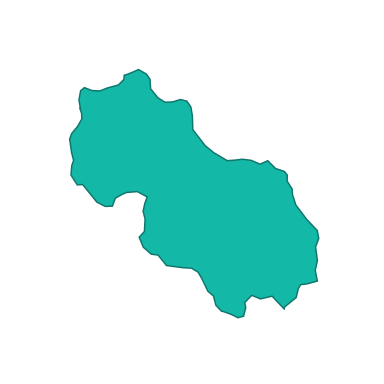 Tingsryd, Kronoberg, Sweden, rotated 231°
{"feature_id": "70781695B44136897167596", "entity_name": "Tingsryd", "entity_type": "district", "adm_level": 2, "iso_a3": "SWE", "parent_name": "Sweden", "parent_adm1": "Kronoberg", "projection": "natural_earth1", "projection_center": [15.01, 56.562], "detail": "fine", "context": "isolated", "style": "filled", "palette": "teal", "viewbox_px": 384, "rotation_deg": 231, "n_neighbors": 0, "source": "geoboundaries", "source_scale": "gbopen_adm2", "svg_char_len": 1391}
<svg xmlns="http://www.w3.org/2000/svg" viewBox="0 0 384 384"><g transform="rotate(231 192 192)"><path d="M82.3,264.6L83.1,265.1L98.6,263.9L116.5,264.5L126.6,268.4L131.3,271.7L140.6,272.8L145.2,276.7L149.9,276.7L157.7,271.7L168.6,270.6L170.9,262.3L179.4,257.9L185.7,251.8L190.3,244.6L194.2,239.1L209.0,233.6L219.8,231.4L240.0,231.9L250.9,240.2L258.7,244.6L265.7,245.2L271.1,241.3L274.2,233.6L278.8,227.5L286.6,224.8L298.3,224.8L306.0,230.3L312.2,230.8L320.8,227.5L322.3,222.0L323.9,216.5L325.4,212.8L322.3,209.9L321.5,202.2L326.1,191.7L328.5,184.0L333.9,178.0L340.8,174.1L340.8,169.2L334.6,162.0L326.9,157.7L327.3,157.4L322.6,155.7L318.1,152.3L315.0,144.5L313.2,135.4L310.1,130.2L298.5,123.3L291.1,119.9L288.1,115.1L281.3,108.6L269.7,107.3L266.6,111.7L254.4,111.7L249.2,111.7L244.0,111.7L235.4,115.5L231.1,121.2L235.4,128.5L234.2,135.9L233.0,140.6L226.8,149.7L216.4,154.1L212.7,148.0L207.8,141.9L200.5,138.5L195.6,134.1L191.3,130.2L190.1,122.5L179.7,119.4L169.3,121.2L164.4,125.9L150.9,125.9L138.6,137.6L133.1,143.7L125.8,146.3L117.8,145.0L104.9,141.9L97.6,143.2L89.0,139.3L80.8,139.9L79.4,141.1L71.8,145.7L65.4,148.6L63.0,153.9L68.3,161.0L72.9,163.4L74.1,173.4L65.9,177.9L60.6,188.7L43.2,190.0L44.4,191.5L44.4,206.5L50.0,213.8L51.6,218.1L48.0,224.0L43.9,233.4L47.4,235.2L53.6,238.5L59.8,246.3L71.5,253.4L76.1,261.2L82.3,264.6Z" fill="#14b8a6" stroke="#0f766e" stroke-width="1.5"/></g></svg>